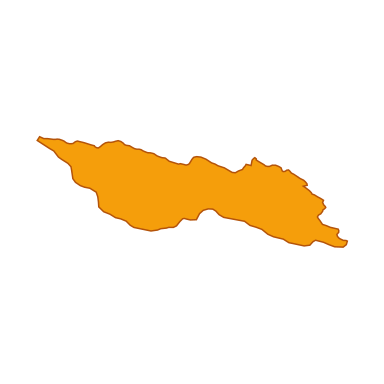 outline of Tenom, Sabah, Malaysia, rotated 103°
{"feature_id": "92858781B47862255723096", "entity_name": "Tenom", "entity_type": "district", "adm_level": 2, "iso_a3": "MYS", "parent_name": "Malaysia", "parent_adm1": "Sabah", "projection": "robinson", "projection_center": [115.899, 4.893], "detail": "fine", "context": "isolated", "style": "filled", "palette": "amber", "viewbox_px": 384, "rotation_deg": 103, "n_neighbors": 0, "source": "geoboundaries", "source_scale": "gbopen_adm2", "svg_char_len": 2763}
<svg xmlns="http://www.w3.org/2000/svg" viewBox="0 0 384 384"><g transform="rotate(103 192 192)"><path d="M176.6,354.4L181.6,340.7L183.1,335.9L188.0,330.0L189.4,326.7L192.0,319.3L194.6,315.6L198.1,314.1L205.8,311.1L208.8,307.7L210.9,302.3L211.5,297.8L211.3,292.4L213.7,285.3L217.9,282.7L222.8,280.9L227.5,279.5L231.1,273.6L232.1,266.9L234.2,260.8L234.2,255.5L235.2,249.6L238.3,244.7L239.6,240.6L239.2,223.2L236.8,217.0L234.8,214.2L232.9,208.8L231.7,206.7L230.7,202.2L228.5,199.5L223.6,197.2L220.2,195.1L219.5,193.6L219.6,191.0L219.6,187.4L218.0,181.5L211.4,179.8L207.3,176.9L204.8,172.4L204.0,167.9L205.2,164.5L208.0,160.5L209.6,155.4L208.7,134.2L211.5,128.0L211.9,121.5L212.7,115.5L216.1,108.6L217.3,102.5L217.4,92.4L219.6,86.2L219.5,82.6L219.3,70.6L217.3,65.2L213.3,63.0L211.2,60.8L211.4,52.6L212.5,46.8L213.3,40.7L211.7,32.3L208.6,29.8L204.9,29.6L204.6,31.0L205.1,33.7L204.3,37.3L203.7,38.7L203.1,39.5L202.5,40.3L200.8,41.3L198.3,40.0L196.6,40.3L195.3,41.2L195.3,43.8L195.3,46.1L195.3,49.5L194.6,53.3L194.2,57.6L191.2,60.8L189.4,63.0L188.1,64.2L186.1,63.6L185.1,62.6L184.4,61.7L181.5,60.4L180.0,60.4L178.8,59.3L177.1,58.2L176.2,58.8L174.9,60.8L172.8,62.4L170.5,62.0L169.9,63.6L169.2,65.8L168.5,68.5L167.3,72.0L167.0,74.6L165.9,75.5L164.3,77.9L163.2,80.3L162.3,82.3L161.3,84.8L160.4,83.1L159.6,81.3L158.2,81.8L156.6,83.8L155.4,85.9L154.5,89.8L151.8,96.9L151.2,99.4L149.6,101.5L148.8,102.9L149.5,104.7L150.9,105.8L151.6,107.8L151.1,108.9L148.4,110.7L147.6,113.3L147.1,116.5L147.8,119.8L148.8,121.1L149.7,122.4L150.1,124.2L150.1,126.3L149.2,128.0L147.6,133.1L147.0,134.9L146.3,136.7L145.3,136.8L144.4,138.5L145.5,139.5L147.5,140.6L152.9,140.4L152.9,142.5L152.9,145.5L154.4,145.9L156.7,147.2L158.7,147.9L161.1,151.5L163.5,154.1L163.9,157.3L161.2,165.9L160.6,172.6L159.6,175.8L159.2,179.5L156.9,185.7L156.5,188.1L156.0,191.2L156.5,195.4L157.7,198.0L158.9,198.8L160.5,199.5L162.4,200.1L164.5,200.8L165.9,201.6L167.1,203.8L167.0,206.1L167.0,209.7L167.9,211.4L167.7,213.6L167.5,216.6L167.2,221.0L165.7,224.2L165.0,225.4L165.0,226.6L165.2,227.9L165.3,229.0L165.1,231.4L164.7,234.1L164.0,235.9L163.3,237.6L163.2,238.8L163.2,241.4L163.7,243.9L163.5,245.8L163.0,248.8L162.2,251.2L162.2,253.2L162.7,255.3L162.7,257.6L162.1,259.9L161.0,263.3L161.3,266.6L161.0,268.5L160.0,269.7L158.8,272.7L158.6,275.5L159.8,278.0L160.9,279.8L161.9,282.2L162.3,284.7L163.6,287.4L165.9,289.7L168.5,291.6L170.2,293.2L170.3,294.9L169.8,296.6L168.9,297.6L168.8,301.0L168.3,307.2L168.2,309.3L168.2,312.6L168.1,315.0L168.8,316.3L169.7,317.4L171.4,318.7L172.0,320.1L172.5,322.1L172.5,324.7L172.1,326.1L171.2,328.1L170.8,330.1L170.5,333.1L170.8,335.3L171.4,336.8L171.9,338.9L172.5,344.8L173.3,348.4L172.8,350.9L172.4,352.9L176.6,354.4Z" fill="#f59e0b" stroke="#b45309" stroke-width="1.5"/></g></svg>